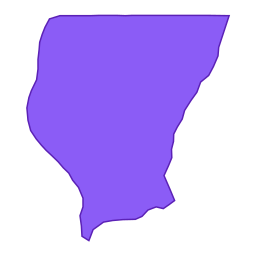 Valparaíso de Goiás, Goiás, Brazil
{"feature_id": "56859067B60747334875226", "entity_name": "Valparaíso de Goiás", "entity_type": "district", "adm_level": 2, "iso_a3": "BRA", "parent_name": "Brazil", "parent_adm1": "Goiás", "projection": "robinson", "projection_center": [-47.989, -16.094], "detail": "fine", "context": "isolated", "style": "filled", "palette": "violet", "viewbox_px": 256, "rotation_deg": 0, "n_neighbors": 0, "source": "geoboundaries", "source_scale": "gbopen_adm2", "svg_char_len": 952}
<svg xmlns="http://www.w3.org/2000/svg" viewBox="0 0 256 256"><path d="M229.1,15.7L207.2,15.4L195.0,15.4L186.8,15.4L177.1,15.4L167.3,15.4L154.5,15.4L142.3,15.4L132.1,15.4L125.4,15.7L116.6,15.4L107.7,15.4L99.1,15.4L90.4,15.7L76.1,15.7L67.7,15.7L59.9,15.7L49.5,18.9L45.0,27.3L42.2,34.4L39.7,42.3L39.1,49.9L38.0,59.5L38.0,69.1L36.6,79.8L31.3,90.8L28.9,97.6L26.9,107.9L28.0,120.3L30.7,130.6L36.2,138.9L41.5,145.3L46.2,150.4L51.8,155.6L58.1,161.7L63.4,167.9L68.8,173.1L72.7,180.3L78.5,187.4L83.0,198.1L83.0,206.9L80.0,215.7L81.4,225.9L82.0,236.3L88.9,240.6L93.1,229.6L103.5,222.1L112.6,220.5L123.0,219.6L135.4,219.3L142.1,216.3L148.0,210.0L156.2,206.9L163.3,208.6L169.1,204.6L174.6,200.5L170.2,189.9L164.0,175.6L168.7,165.2L171.8,157.7L171.5,149.3L173.5,141.4L173.7,134.1L177.3,127.0L182.2,119.1L184.6,110.4L191.0,100.4L196.9,92.2L200.6,82.1L208.7,75.4L213.4,66.6L218.0,55.9L218.7,47.3L229.1,15.7Z" fill="#8b5cf6" stroke="#5b21b6" stroke-width="1.5"/></svg>